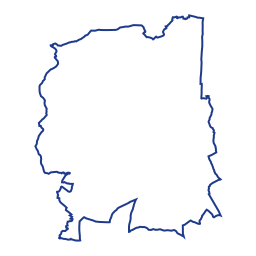 outline of Jugureni, Prahova, Romania
{"feature_id": "2599482B77676067936148", "entity_name": "Jugureni", "entity_type": "district", "adm_level": 2, "iso_a3": "ROU", "parent_name": "Romania", "parent_adm1": "Prahova", "projection": "robinson", "projection_center": [26.419, 45.107], "detail": "fine", "context": "isolated", "style": "outline", "palette": "blue", "viewbox_px": 256, "rotation_deg": 0, "n_neighbors": 0, "source": "geoboundaries", "source_scale": "gbopen_adm2", "svg_char_len": 5701}
<svg xmlns="http://www.w3.org/2000/svg" viewBox="0 0 256 256"><path d="M183.7,236.5L182.9,233.4L182.8,225.4L184.6,224.8L190.2,220.7L190.7,220.5L193.1,221.9L194.6,222.2L198.5,223.9L199.8,223.9L200.0,223.7L200.0,223.4L199.6,222.1L199.5,221.0L199.6,220.6L201.0,219.0L201.3,218.1L202.0,216.8L202.1,216.3L202.0,216.0L203.9,213.6L205.8,210.7L206.7,209.7L208.6,211.0L211.8,214.0L212.6,215.2L213.0,216.7L213.9,217.3L216.5,215.7L218.2,215.2L219.9,215.2L220.6,215.5L218.6,211.0L208.8,194.2L209.5,193.8L209.1,191.7L208.5,190.3L208.6,189.7L208.9,189.2L209.0,188.7L208.8,188.4L208.9,186.6L209.7,186.2L210.1,184.8L212.6,183.0L218.7,179.8L220.1,179.7L220.6,179.4L218.0,177.2L216.8,175.0L215.1,173.3L214.9,172.4L214.3,171.6L214.3,171.0L214.2,170.3L213.5,169.1L213.0,167.4L212.5,166.2L212.2,165.0L211.2,163.2L210.7,161.5L210.1,160.7L209.2,158.9L208.5,156.3L211.6,155.0L216.3,152.4L216.2,151.7L215.9,150.6L215.9,148.4L215.5,147.6L215.6,146.6L213.7,142.9L213.5,141.8L213.4,140.7L213.6,138.3L213.9,137.3L213.7,136.0L214.5,132.7L213.5,132.0L213.9,130.7L213.7,129.9L213.0,129.2L212.7,128.1L211.0,127.3L210.3,126.4L208.6,121.9L208.7,121.2L209.6,119.5L209.6,118.1L211.4,114.6L211.6,112.7L212.1,111.6L212.5,109.3L212.4,108.6L210.7,105.9L209.3,103.0L209.2,102.0L209.2,101.2L209.5,100.3L209.6,99.4L209.5,98.9L208.6,97.6L208.4,96.9L208.7,96.2L207.7,95.9L206.4,96.2L206.7,96.6L206.9,97.8L206.7,98.4L206.4,98.7L203.4,98.2L201.5,98.5L201.3,98.1L201.6,93.6L201.6,90.4L201.8,84.7L201.7,83.8L200.5,83.9L200.6,78.0L201.2,71.8L201.6,62.4L201.3,59.6L201.8,51.4L202.3,46.3L202.3,41.0L202.1,36.7L202.7,34.4L202.6,30.1L202.7,26.8L202.6,22.9L202.7,21.4L203.2,18.3L199.4,17.7L197.8,17.7L195.6,16.9L189.3,15.4L189.1,15.4L189.2,17.3L187.5,17.4L187.2,18.4L186.3,18.9L185.9,18.9L185.5,18.7L185.1,19.1L184.0,18.5L183.4,18.6L183.2,17.5L182.8,16.7L182.1,16.7L180.6,17.4L178.9,17.4L177.4,18.2L177.1,18.1L177.1,16.8L176.7,16.6L176.1,16.7L174.5,17.4L172.9,17.2L172.5,18.0L172.5,18.8L172.2,19.6L172.5,20.3L172.1,20.9L170.6,22.3L169.7,23.5L167.9,25.1L167.5,25.9L165.6,26.4L165.7,26.8L166.4,27.5L166.5,27.9L166.4,28.2L164.4,29.3L164.0,29.7L163.0,31.9L163.0,32.2L163.9,33.9L164.0,34.5L163.8,35.1L163.4,35.5L161.5,36.4L157.5,37.6L156.9,37.4L156.3,36.7L155.9,36.7L153.4,39.3L153.1,39.4L152.3,38.5L150.6,37.7L148.0,37.1L146.5,37.1L144.4,34.4L143.5,33.9L143.3,33.4L143.4,33.2L144.3,32.3L145.2,32.0L145.3,31.4L143.8,28.3L143.5,27.1L141.6,25.4L133.5,25.1L128.4,26.6L125.2,26.6L123.0,27.1L120.7,27.4L119.9,27.6L117.7,29.3L115.6,29.9L106.2,30.1L100.7,30.0L98.7,29.7L95.1,30.7L91.2,30.6L90.1,31.7L87.7,34.7L85.1,35.7L84.8,36.3L81.2,38.9L79.1,39.7L76.2,41.4L75.0,41.2L74.2,41.6L71.4,41.9L70.2,42.4L69.3,42.4L66.4,43.7L62.9,44.8L61.2,45.8L57.9,45.5L57.3,44.8L55.5,43.5L53.1,44.2L52.9,44.6L52.9,45.3L52.6,45.6L51.6,45.7L51.1,45.2L50.7,45.3L50.8,45.8L51.3,46.3L53.5,47.5L55.2,48.7L56.0,49.7L56.3,50.3L56.5,51.5L55.0,54.1L55.1,54.6L56.0,55.6L56.2,56.3L55.9,56.7L54.8,57.0L54.7,57.3L55.3,58.3L57.7,61.1L58.1,63.4L57.7,64.5L55.8,66.8L52.4,68.8L50.6,69.5L46.5,73.5L45.6,75.6L44.7,77.3L44.8,79.1L43.8,80.3L43.0,80.9L42.1,83.0L40.1,84.9L39.6,85.9L39.5,87.4L39.6,91.2L39.9,93.2L40.7,95.3L40.9,96.1L43.2,97.9L44.8,100.2L44.9,100.7L44.5,102.8L44.8,105.1L46.7,108.8L46.4,110.5L46.6,111.8L46.2,113.4L46.6,114.2L46.7,114.8L46.6,115.2L45.2,116.6L44.1,118.1L42.0,119.7L41.5,120.4L38.9,122.9L39.4,126.0L40.5,125.8L40.9,126.0L41.3,127.5L43.0,128.9L43.3,129.9L43.0,130.7L41.2,132.5L38.8,136.0L38.1,138.8L37.0,141.1L36.8,143.7L36.3,144.9L35.4,146.2L36.7,149.2L37.8,150.8L38.8,154.3L39.9,154.9L40.9,156.4L41.2,159.0L40.9,161.0L41.0,163.0L41.3,164.1L42.2,165.4L42.8,166.8L43.9,171.0L44.6,172.5L44.9,172.8L47.7,173.3L48.7,173.8L50.7,172.4L56.5,171.8L57.8,172.1L58.0,172.5L60.0,172.9L61.0,172.8L61.7,173.3L62.1,172.8L63.0,172.5L63.6,172.5L64.1,172.8L64.1,173.4L64.7,173.7L65.9,173.5L67.9,172.7L69.4,172.8L69.8,173.1L69.5,173.6L68.5,173.5L66.2,174.9L65.4,175.6L62.7,179.9L62.2,180.9L62.0,182.3L63.7,182.5L64.3,182.1L64.6,182.2L67.3,183.5L68.2,183.6L68.5,183.4L70.0,183.9L72.8,183.9L72.4,185.7L71.8,186.9L71.9,187.9L71.8,188.6L70.9,191.0L70.7,191.3L69.4,191.8L68.4,191.5L62.3,186.9L61.5,186.6L61.2,186.7L60.5,188.9L59.4,190.9L58.7,191.6L57.1,191.8L57.1,192.4L57.9,194.3L58.1,195.1L58.1,195.3L57.9,195.3L57.8,195.6L57.5,197.9L59.3,198.2L59.3,200.0L59.8,201.3L60.6,202.5L64.8,206.0L66.7,207.8L66.0,209.1L65.9,210.1L68.2,211.7L71.4,214.4L69.8,215.4L72.1,216.9L70.5,218.7L71.5,219.1L71.8,218.7L72.6,219.1L72.1,220.6L71.2,221.1L69.5,221.1L68.8,221.6L67.7,221.7L67.2,223.8L67.6,225.5L66.6,225.8L66.1,226.2L66.0,226.6L66.3,227.7L67.6,228.2L67.8,228.5L67.7,229.1L66.3,230.0L65.3,231.0L62.8,230.9L61.6,231.7L61.0,234.0L59.6,235.3L59.9,236.6L59.2,237.6L59.1,238.0L59.9,238.5L60.8,238.0L63.4,238.8L65.7,239.0L67.9,239.6L69.7,239.6L70.8,238.9L71.1,239.4L72.2,239.5L75.5,240.5L78.8,240.6L80.2,240.4L79.9,239.1L79.8,235.7L79.3,230.5L79.3,226.4L79.6,221.4L82.8,218.2L84.1,217.2L86.3,218.4L93.8,220.7L95.5,221.5L98.9,221.9L105.2,222.2L108.7,222.3L109.7,222.2L110.0,220.0L111.4,216.8L111.7,215.5L112.5,213.6L114.8,211.2L116.4,210.0L117.8,208.3L118.8,207.6L128.5,203.0L129.6,202.3L129.6,202.1L136.0,199.5L135.5,200.4L134.1,204.2L132.6,209.9L132.1,210.6L131.0,213.6L130.6,215.9L130.7,217.3L130.6,218.7L130.2,221.2L129.4,223.8L129.0,226.4L129.0,231.8L129.7,231.7L130.7,230.6L132.7,229.8L136.3,227.8L138.7,227.4L140.0,226.8L142.5,227.1L144.3,227.0L146.7,227.9L147.6,228.6L148.3,229.5L149.0,229.9L151.6,229.9L152.5,229.3L153.4,229.1L154.6,229.6L155.9,229.8L157.9,229.7L159.3,229.3L160.6,229.3L161.5,229.8L164.2,230.6L167.6,230.2L171.5,230.7L173.7,230.1L174.5,230.1L176.0,231.1L176.5,231.7L177.0,232.7L178.2,233.7L181.1,235.0L182.6,236.0L183.5,236.3L183.7,236.5Z" fill="none" stroke="#1e3a8a" stroke-width="2"/></svg>